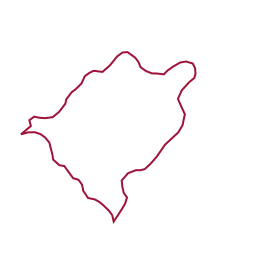 the district of Kalograia, Cyprus, rotated 324°
{"feature_id": "46923920B49066435072009", "entity_name": "Kalograia", "entity_type": "district", "adm_level": 2, "iso_a3": "CYP", "parent_name": "Cyprus", "parent_adm1": "", "projection": "mercator", "projection_center": [33.631, 35.338], "detail": "fine", "context": "isolated", "style": "outline", "palette": "rose", "viewbox_px": 256, "rotation_deg": 324, "n_neighbors": 0, "source": "geoboundaries", "source_scale": "gbopen_adm2", "svg_char_len": 1113}
<svg xmlns="http://www.w3.org/2000/svg" viewBox="0 0 256 256"><g transform="rotate(324 128 128)"><path d="M61.4,195.3L70.5,191.9L76.1,189.7L81.2,187.5L86.4,183.6L86.4,178.0L89.0,172.0L92.0,166.8L101.5,164.6L109.7,166.8L113.1,169.4L117.4,171.1L125.2,170.2L134.3,168.1L140.7,165.9L148.0,163.3L158.4,162.0L166.2,161.1L173.9,157.7L178.4,153.6L178.7,153.3L182.1,150.3L183.8,141.6L185.5,133.8L193.7,129.1L204.5,126.9L211.0,126.5L214.4,123.9L217.4,119.1L218.3,113.9L214.0,108.3L208.8,105.7L200.2,104.8L193.3,104.8L188.6,105.7L183.4,100.9L179.5,97.9L176.1,92.7L173.9,86.2L175.2,81.0L175.2,75.4L172.2,66.3L167.9,63.7L161.4,63.7L150.2,66.7L145.0,67.2L140.3,67.6L133.8,61.5L129.1,60.7L123.5,60.7L116.6,64.6L108.4,65.9L103.6,65.9L95.0,68.5L91.6,71.5L86.0,73.2L81.2,74.5L73.5,75.0L67.0,71.5L62.7,68.0L58.8,63.7L52.8,63.7L50.6,69.3L37.7,70.2L44.6,72.8L50.2,76.7L53.6,81.5L55.4,87.1L55.8,93.6L51.1,105.3L48.9,109.6L50.6,117.8L54.1,121.3L54.1,127.4L54.1,136.4L57.5,140.8L57.5,146.8L54.9,152.5L54.5,161.1L59.2,166.3L61.4,171.1L62.7,176.3L64.0,184.1L64.0,189.3L61.4,195.3Z" fill="none" stroke="#9f1239" stroke-width="2"/></g></svg>